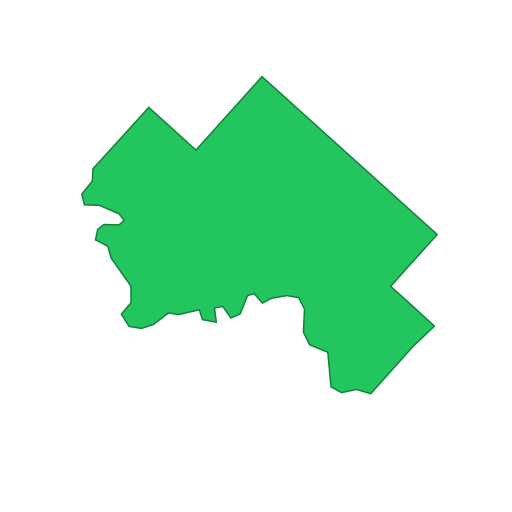 outline of Haskell, Oklahoma, United States of America, rotated 222°
{"feature_id": "52423323B35994808569897", "entity_name": "Haskell", "entity_type": "district", "adm_level": 2, "iso_a3": "USA", "parent_name": "United States of America", "parent_adm1": "Oklahoma", "projection": "mercator", "projection_center": [-95.116, 35.259], "detail": "fine", "context": "isolated", "style": "filled", "palette": "green", "viewbox_px": 512, "rotation_deg": 222, "n_neighbors": 0, "source": "geoboundaries", "source_scale": "gbopen_adm2", "svg_char_len": 791}
<svg xmlns="http://www.w3.org/2000/svg" viewBox="0 0 512 512"><g transform="rotate(222 256 256)"><path d="M371.6,393.3L371.5,294.5L435.1,294.7L435.5,211.8L427.8,202.1L426.9,185.5L417.8,179.2L406.2,188.9L386.0,195.7L377.8,194.3L378.6,187.5L390.1,177.6L391.5,169.9L386.1,160.6L372.7,164.1L362.2,157.5L328.7,149.9L317.6,137.6L317.2,122.7L303.2,118.7L292.6,125.6L286.4,136.5L283.0,155.1L274.2,160.8L262.2,178.1L253.2,172.9L241.2,180.2L252.1,189.6L246.9,196.3L233.2,193.1L229.0,202.5L235.8,220.8L232.4,226.8L219.7,225.3L216.2,235.0L206.6,247.2L196.4,253.6L184.4,249.0L169.8,231.1L156.7,225.9L138.2,232.5L112.7,208.9L101.0,211.7L92.1,224.0L78.6,230.5L78.8,294.4L76.5,323.3L110.8,323.6L135.6,323.5L135.7,347.0L135.7,393.2L371.6,393.3Z" fill="#22c55e" stroke="#15803d" stroke-width="1.5"/></g></svg>